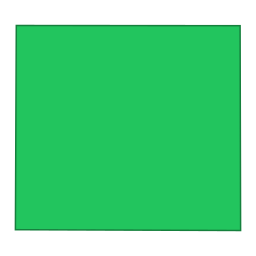 outline of Miner, South Dakota, United States of America
{"feature_id": "52423323B22522390065313", "entity_name": "Miner", "entity_type": "district", "adm_level": 2, "iso_a3": "USA", "parent_name": "United States of America", "parent_adm1": "South Dakota", "projection": "natural_earth1", "projection_center": [-97.65, 44.022], "detail": "fine", "context": "isolated", "style": "filled", "palette": "green", "viewbox_px": 256, "rotation_deg": 0, "n_neighbors": 0, "source": "geoboundaries", "source_scale": "gbopen_adm2", "svg_char_len": 198}
<svg xmlns="http://www.w3.org/2000/svg" viewBox="0 0 256 256"><path d="M16.3,25.5L15.4,229.7L128.8,230.1L240.6,230.5L240.1,25.7L16.3,25.5Z" fill="#22c55e" stroke="#15803d" stroke-width="1.5"/></svg>